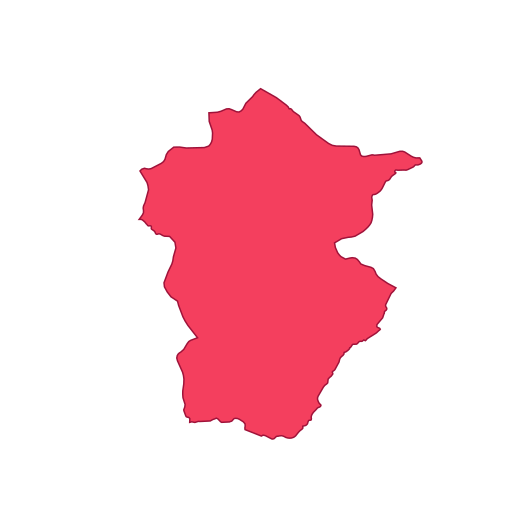 the border of Cuanza Sul, rotated 125°
{"feature_id": "AGO-1879", "entity_name": "Cuanza Sul", "entity_type": "Province", "adm_level": 1, "iso_a3": "AGO", "parent_name": "Angola", "parent_adm1": "", "projection": "albers", "projection_center": [15.061, -10.94], "detail": "fine", "context": "isolated", "style": "filled", "palette": "rose", "viewbox_px": 512, "rotation_deg": 125, "n_neighbors": 0, "source": "natural_earth", "source_scale": "10m", "svg_char_len": 4924}
<svg xmlns="http://www.w3.org/2000/svg" viewBox="0 0 512 512"><g transform="rotate(125 256 256)"><path d="M116.3,348.2L114.6,330.1L115.0,317.8L115.4,315.2L116.4,313.2L115.5,312.2L115.5,310.9L116.0,309.5L116.3,308.1L116.3,301.9L116.4,300.9L116.9,299.6L119.0,296.7L119.3,295.3L119.3,292.2L122.0,276.0L122.1,269.4L122.2,261.1L121.6,257.0L119.9,253.3L109.9,238.6L109.0,236.4L109.0,234.5L109.9,232.5L113.2,228.4L113.5,226.6L112.7,224.8L111.3,223.0L106.7,219.1L106.0,218.0L105.5,216.7L94.9,204.0L87.7,198.2L86.1,195.9L85.5,193.8L85.2,186.1L84.8,183.6L83.9,181.2L81.7,178.1L83.1,174.7L83.4,174.3L83.9,173.9L84.5,173.7L85.4,173.8L86.7,174.3L88.4,175.5L89.1,176.4L89.5,177.1L89.9,177.6L90.6,177.9L91.9,178.0L93.0,178.3L98.3,181.3L99.6,182.3L100.2,183.3L100.9,184.4L104.3,188.9L105.2,190.6L105.7,191.0L106.3,191.1L107.4,190.7L107.7,190.3L107.6,189.8L107.5,189.4L107.7,189.1L108.5,189.1L111.6,190.2L113.2,190.6L116.6,190.5L117.7,190.8L118.8,191.4L119.2,192.0L120.1,192.5L121.4,192.5L127.9,191.5L129.7,191.4L131.8,191.6L134.9,192.6L136.6,193.4L137.7,194.3L138.3,195.0L138.7,195.4L139.1,195.5L139.7,195.5L140.8,195.2L141.5,194.9L143.7,192.8L147.9,190.5L154.9,184.3L157.5,182.8L160.2,181.6L162.8,180.8L165.4,180.7L167.9,180.9L171.1,181.5L174.6,182.4L182.9,186.2L185.8,188.8L187.8,191.2L192.7,195.8L200.2,199.2L203.5,195.9L206.5,191.0L207.4,188.2L207.8,186.0L207.2,180.9L203.9,178.0L202.2,176.2L200.8,173.5L200.7,171.0L201.4,168.3L202.4,165.5L201.5,161.4L199.3,155.3L199.0,152.6L200.4,149.5L201.9,147.3L202.9,144.3L203.1,140.4L202.9,132.2L201.8,123.1L205.9,123.2L208.3,123.7L209.5,123.8L221.4,121.9L222.2,121.5L222.9,120.8L223.7,119.0L224.5,118.4L225.8,118.3L226.9,118.7L228.1,118.8L229.4,118.0L230.0,118.0L234.0,116.8L242.8,117.6L244.4,116.7L244.8,115.7L244.3,113.3L244.7,112.2L245.5,112.2L246.7,112.6L250.0,113.3L259.0,117.1L260.1,117.5L261.7,117.6L262.7,117.9L262.9,119.5L265.0,120.2L265.6,120.9L266.0,121.6L266.7,122.2L267.4,122.5L269.5,122.7L270.5,123.1L271.1,123.8L272.6,125.8L273.2,126.2L275.6,126.1L276.9,126.2L277.4,126.6L278.4,126.2L280.7,126.6L283.0,127.4L284.4,128.5L286.1,127.7L287.7,127.8L289.4,128.3L291.2,128.5L292.7,128.2L295.2,127.2L303.8,126.2L304.6,126.3L306.3,126.9L307.3,127.0L307.5,126.8L307.8,126.2L308.2,125.7L308.7,125.4L311.4,125.5L313.5,126.1L315.5,126.3L318.8,124.5L320.2,124.7L322.6,125.5L324.8,125.6L335.3,124.7L337.0,124.2L338.4,123.1L339.5,121.5L340.3,120.0L340.6,118.8L340.7,117.8L341.0,117.2L342.2,116.9L343.1,117.2L344.6,118.2L345.3,118.5L347.5,118.7L351.1,119.3L353.2,119.3L354.5,119.1L355.7,118.7L356.7,118.1L357.5,117.3L358.6,116.8L359.4,117.3L360.0,118.1L360.6,118.5L362.0,118.3L363.0,117.9L364.0,117.6L365.5,117.8L366.3,118.1L368.6,120.1L370.1,118.9L371.6,119.0L373.5,119.7L375.9,120.1L380.7,120.4L382.8,121.1L384.7,122.5L385.8,123.8L386.8,125.5L387.5,127.5L387.8,129.9L388.4,131.8L389.7,133.4L391.0,134.6L391.6,135.4L392.1,135.8L394.6,136.3L395.4,136.5L396.4,137.4L396.8,138.1L397.8,145.4L398.7,147.5L400.4,148.3L404.5,165.4L403.2,166.5L401.4,167.4L399.8,168.7L399.1,171.2L399.3,175.9L399.7,177.9L400.6,179.5L401.2,180.2L401.8,180.7L402.7,180.9L404.1,181.0L405.2,181.2L406.0,181.8L406.6,182.3L407.1,182.5L412.0,188.8L412.1,189.9L411.3,193.8L411.5,195.3L412.2,195.9L413.0,196.3L414.6,197.5L417.4,198.9L423.8,207.1L424.2,207.9L424.8,208.6L427.4,210.6L428.7,213.6L429.5,214.2L430.3,214.9L427.2,216.9L427.0,217.5L426.8,218.3L427.0,219.0L427.3,219.6L427.6,220.6L427.6,221.1L427.2,221.9L424.2,226.2L423.6,226.8L423.3,227.0L420.6,227.7L418.3,228.9L414.0,234.5L411.3,236.7L408.5,238.6L402.2,241.8L398.2,244.4L395.5,246.9L393.3,249.5L386.9,260.2L385.0,262.4L382.7,263.4L380.8,263.5L379.5,263.2L377.8,262.5L374.0,261.6L367.3,262.1L364.6,262.0L362.5,261.1L356.5,257.0L351.9,272.0L349.9,276.8L347.7,281.0L340.9,291.0L338.0,294.4L338.2,302.2L336.4,308.0L333.8,313.3L330.7,316.0L319.5,318.9L310.9,320.3L307.8,321.3L304.0,323.2L295.4,326.2L291.2,330.3L289.5,338.0L292.3,342.4L292.8,344.6L292.8,345.6L293.0,347.1L293.3,347.9L293.8,348.6L294.4,349.0L295.1,349.7L295.3,350.3L295.2,350.9L295.0,351.4L294.7,351.9L294.1,352.9L294.0,353.5L293.9,354.2L293.9,356.3L293.9,357.0L293.6,357.5L293.2,357.8L292.6,358.1L292.1,358.4L291.7,359.0L291.7,359.5L291.9,360.0L292.7,361.0L293.1,361.6L293.1,362.2L292.7,363.5L292.6,364.3L291.9,366.6L291.6,369.6L291.8,370.8L292.1,371.4L293.0,372.7L287.6,372.6L285.1,373.0L283.2,374.3L281.7,375.7L280.7,376.3L279.2,376.9L275.9,377.5L263.4,382.0L260.4,384.8L258.3,387.4L252.9,399.8L250.5,399.4L248.1,397.7L247.4,395.8L246.3,393.7L244.5,392.0L234.4,386.7L231.7,385.9L229.1,386.0L224.4,387.6L220.7,387.8L214.0,385.8L210.6,381.1L207.5,375.0L196.8,360.5L193.1,357.8L190.9,357.5L188.1,357.8L185.4,358.8L180.2,362.1L178.0,364.1L172.6,371.5L165.7,376.7L160.3,370.0L157.5,367.7L152.5,364.6L150.8,362.5L150.1,360.0L149.0,354.6L147.8,352.5L145.6,351.4L143.2,351.0L136.7,351.9L127.4,350.2L124.8,350.2L121.8,349.8L116.3,348.2L116.3,348.2Z" fill="#f43f5e" stroke="#9f1239" stroke-width="1.5"/></g></svg>